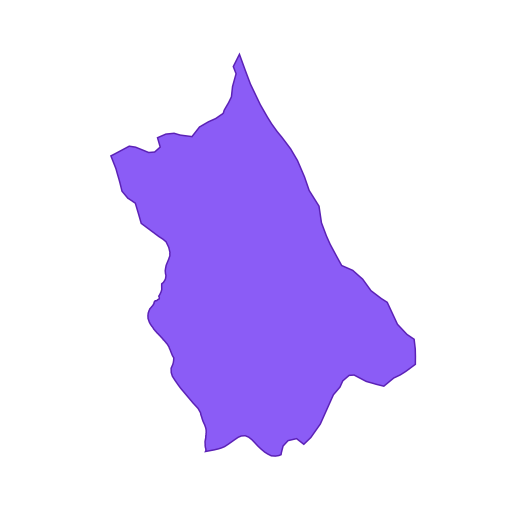 the district of As Sawd, Hajjah, Yemen, rotated 341°
{"feature_id": "15242507B88487972581206", "entity_name": "As Sawd", "entity_type": "district", "adm_level": 2, "iso_a3": "YEM", "parent_name": "Yemen", "parent_adm1": "Hajjah", "projection": "equal_earth", "projection_center": [43.734, 15.824], "detail": "fine", "context": "isolated", "style": "filled", "palette": "violet", "viewbox_px": 512, "rotation_deg": 341, "n_neighbors": 0, "source": "geoboundaries", "source_scale": "gbopen_adm2", "svg_char_len": 4172}
<svg xmlns="http://www.w3.org/2000/svg" viewBox="0 0 512 512"><g transform="rotate(341 256 256)"><path d="M153.9,159.9L158.8,166.4L159.1,166.7L159.1,166.8L158.6,178.5L158.1,187.8L170.5,206.0L173.4,209.7L175.6,213.3L176.2,218.3L176.3,219.7L175.8,224.6L175.2,225.9L174.9,227.1L174.4,228.1L173.3,229.4L172.5,230.5L171.5,231.6L169.2,234.2L168.0,235.6L166.6,238.0L165.4,240.3L164.7,243.1L164.5,245.1L163.9,246.4L163.0,248.1L161.8,249.3L159.9,250.8L157.8,251.6L157.3,252.9L156.0,256.9L155.9,257.1L154.8,258.7L153.5,260.1L152.2,261.4L151.0,262.3L151.1,263.7L150.6,265.0L148.8,265.3L147.9,265.8L147.0,265.8L146.1,265.5L145.2,266.2L144.7,266.4L144.5,266.8L144.3,267.2L144.1,267.7L143.5,268.1L143.2,268.6L142.8,268.7L142.7,268.8L141.8,269.5L141.2,269.8L140.9,269.9L140.5,270.3L140.2,270.4L139.5,270.8L138.9,271.2L138.5,271.3L138.2,271.7L137.7,272.2L137.5,272.5L137.0,272.9L136.8,273.3L136.5,273.6L136.0,274.3L135.6,274.7L135.3,275.4L135.2,275.5L135.0,276.0L134.8,276.4L134.5,277.0L134.3,277.6L134.1,278.2L134.0,278.8L133.7,279.4L133.6,280.1L133.6,280.6L133.6,281.4L133.6,282.0L133.6,282.9L133.6,283.9L133.7,284.4L133.8,285.2L134.0,286.2L134.1,286.8L134.4,287.5L134.5,288.1L134.6,288.5L134.8,288.9L135.1,289.7L135.3,290.7L135.5,291.5L135.5,291.8L135.7,292.2L135.9,292.7L136.1,293.1L136.3,293.9L136.6,294.4L136.9,295.1L137.0,295.5L137.3,296.2L137.5,296.6L137.6,297.0L138.2,297.9L138.3,298.3L138.5,298.7L138.9,299.6L139.3,300.3L139.5,300.9L139.8,301.6L140.2,302.4L140.5,303.1L140.7,303.8L141.0,304.3L141.1,305.1L141.4,305.4L141.6,305.8L142.0,306.8L142.3,307.6L142.5,308.0L142.6,308.3L142.9,309.3L143.2,309.7L143.3,310.3L143.5,310.8L143.6,311.3L143.8,312.2L143.9,312.8L144.1,313.5L144.1,314.4L144.1,315.4L144.2,316.2L144.3,316.6L144.3,317.2L144.3,317.9L144.3,318.4L144.5,322.2L144.6,323.2L144.8,324.2L145.1,325.5L144.1,328.0L143.1,329.9L141.9,331.6L139.2,334.5L137.9,338.6L137.8,342.5L138.9,347.1L140.5,352.7L141.5,355.9L142.2,357.9L142.3,358.1L145.2,365.6L148.7,374.7L151.6,381.3L152.3,385.0L152.5,386.4L152.5,386.7L152.3,387.3L152.2,388.1L152.2,388.6L152.2,389.2L152.2,389.8L152.2,390.4L152.2,391.2L152.1,391.9L152.1,392.5L152.1,393.1L152.1,393.3L152.1,393.7L152.1,394.7L152.1,395.3L152.2,396.0L152.3,396.7L152.3,397.6L152.5,398.5L152.5,399.4L152.5,400.3L152.5,400.8L152.5,401.6L152.5,402.2L152.4,402.9L152.4,403.5L152.2,403.9L152.1,404.6L152.0,405.0L151.8,405.6L151.6,406.0L151.4,406.9L151.0,407.5L150.8,408.0L150.6,408.7L150.4,409.1L150.0,409.6L149.9,410.1L149.6,410.6L149.5,411.1L149.3,411.5L149.1,412.0L148.6,412.6L148.5,413.2L148.1,413.5L148.0,413.9L147.7,414.3L147.5,414.7L147.3,415.2L147.1,415.8L147.0,416.5L146.7,417.0L146.6,417.9L146.3,418.2L146.2,419.1L146.0,419.5L145.9,420.2L145.8,420.8L145.8,421.7L145.5,423.0L145.2,423.8L144.6,424.4L153.4,425.7L155.6,425.9L157.3,426.1L160.1,426.2L160.9,426.2L164.2,426.0L168.2,425.0L171.7,424.0L176.1,422.7L180.2,421.6L181.7,421.5L183.6,421.4L187.3,422.4L190.1,424.9L192.4,428.5L194.1,432.2L195.1,434.5L196.0,436.5L198.0,440.3L199.9,443.4L200.2,444.0L202.6,447.0L205.4,449.9L209.2,451.5L212.6,452.1L215.0,452.0L215.9,450.3L219.7,444.5L226.2,441.0L234.9,441.9L239.9,449.6L248.7,445.5L262.1,435.8L284.0,412.4L292.7,407.3L297.4,402.3L305.2,399.2L310.0,400.5L319.4,410.5L325.2,414.5L328.0,416.5L334.5,420.7L346.5,416.2L353.6,415.4L360.0,413.9L371.4,410.3L374.0,403.0L376.3,395.8L378.4,386.2L373.2,379.3L367.5,366.6L365.0,342.6L364.9,342.4L360.6,337.0L353.4,326.2L349.3,312.6L346.1,307.0L342.8,301.1L333.9,292.9L332.1,282.5L329.9,269.0L329.1,260.0L328.7,245.9L331.8,229.4L327.6,211.4L327.6,197.0L326.3,179.3L323.6,165.9L319.1,152.1L316.5,145.2L313.8,136.2L312.0,128.3L309.3,114.2L308.4,106.4L306.7,91.6L306.3,77.3L306.0,59.9L296.2,69.5L296.5,77.2L289.0,88.1L284.6,97.5L280.0,102.1L275.1,106.3L273.3,107.9L271.7,110.2L270.0,111.0L269.8,110.9L262.7,112.9L254.8,113.6L244.6,115.6L234.9,121.9L234.4,122.3L223.7,117.0L218.5,113.3L210.5,111.4L201.4,112.1L200.9,121.8L194.0,124.7L188.2,123.2L186.5,121.7L185.9,121.2L185.5,120.8L177.8,114.1L177.4,113.8L171.9,110.9L157.5,113.2L156.3,113.4L151.4,114.1L152.0,127.8L151.7,132.8L151.4,139.2L151.2,142.3L150.4,151.1L153.7,159.8L153.9,159.9Z" fill="#8b5cf6" stroke="#5b21b6" stroke-width="1.5"/></g></svg>